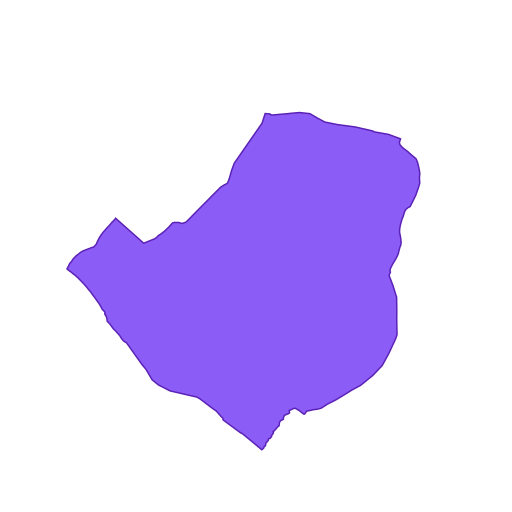 the district of Al Azariq, Al Dali', Yemen, rotated 297°
{"feature_id": "15242507B92892578873791", "entity_name": "Al Azariq", "entity_type": "district", "adm_level": 2, "iso_a3": "YEM", "parent_name": "Yemen", "parent_adm1": "Al Dali'", "projection": "robinson", "projection_center": [44.595, 13.646], "detail": "fine", "context": "isolated", "style": "filled", "palette": "violet", "viewbox_px": 512, "rotation_deg": 297, "n_neighbors": 0, "source": "geoboundaries", "source_scale": "gbopen_adm2", "svg_char_len": 4752}
<svg xmlns="http://www.w3.org/2000/svg" viewBox="0 0 512 512"><g transform="rotate(297 256 256)"><path d="M86.0,349.1L88.1,350.0L88.9,350.0L89.2,349.9L89.6,349.8L90.0,350.0L90.5,350.3L91.1,350.5L91.5,350.5L92.0,350.3L92.6,350.1L93.2,350.0L94.2,349.8L94.6,349.9L95.2,350.1L95.8,350.4L96.3,350.5L96.8,350.6L97.2,350.6L97.6,350.5L98.0,350.4L98.2,350.2L98.6,350.2L98.9,350.3L99.2,350.5L99.4,350.9L99.7,351.2L99.9,351.4L100.2,351.5L100.5,351.4L100.9,351.4L101.2,351.4L101.4,351.5L101.5,351.7L101.9,351.9L102.2,351.8L102.4,351.7L102.7,351.4L103.2,351.5L103.6,351.5L104.1,351.6L104.7,351.8L105.3,351.8L106.1,351.8L106.4,351.8L106.7,351.4L106.9,351.0L107.2,350.9L107.5,351.0L107.8,351.3L108.2,351.5L108.6,351.7L109.3,351.9L109.8,352.0L110.3,352.1L111.0,352.3L112.2,352.6L113.0,352.7L113.6,352.9L114.2,353.1L114.7,353.5L115.2,353.6L115.6,353.5L116.3,353.3L116.9,353.1L117.5,352.8L118.4,352.5L119.1,352.5L119.6,352.5L120.3,352.7L120.5,352.8L121.1,353.2L121.7,353.6L122.3,354.1L123.0,354.5L123.7,354.1L124.5,353.9L125.4,353.7L126.3,353.7L126.8,353.7L127.3,354.0L128.0,354.5L128.6,355.0L129.0,355.4L129.5,355.8L129.8,356.1L130.3,356.5L131.1,357.0L131.4,357.0L131.8,356.9L132.2,356.6L132.9,356.0L133.2,355.8L133.4,355.8L133.7,355.8L133.9,356.0L134.1,356.3L134.5,356.7L135.0,357.1L135.7,357.5L136.2,357.9L136.8,358.4L137.2,358.8L137.6,359.3L137.9,359.8L138.1,360.2L138.1,360.9L138.1,362.1L137.9,362.9L138.1,363.7L137.0,369.1L136.9,369.7L136.8,370.1L136.9,370.6L137.2,371.0L138.0,371.3L138.6,371.4L138.8,371.4L139.3,371.4L139.9,371.4L140.7,371.5L141.1,372.0L141.9,373.1L143.5,375.0L144.7,376.4L145.5,377.5L146.0,378.2L146.7,379.3L148.1,381.1L149.9,383.0L150.0,383.2L156.3,386.8L164.1,392.5L172.5,397.7L180.3,402.4L188.2,407.9L202.9,414.4L215.8,418.2L229.2,418.6L245.7,418.0L249.8,417.4L250.8,416.9L264.3,409.7L270.2,406.8L283.3,399.9L283.4,399.7L283.5,399.6L287.7,395.5L291.8,391.5L299.1,383.4L300.4,383.2L302.7,383.1L303.2,382.5L303.9,381.9L305.5,381.5L309.6,381.4L311.7,381.5L315.8,381.8L316.5,381.8L316.8,381.9L318.5,381.9L320.2,381.9L320.9,381.8L322.2,381.8L327.4,380.6L329.4,380.2L331.0,380.1L332.6,379.7L334.3,379.0L335.6,378.1L336.9,377.3L338.6,376.1L340.1,374.9L341.5,373.8L342.7,372.9L344.2,372.3L345.9,371.5L347.4,371.1L349.5,370.5L351.0,370.2L353.0,369.8L354.4,369.5L355.9,369.3L357.0,369.3L358.9,369.0L359.4,368.9L362.1,368.4L363.7,368.3L365.2,368.4L366.3,368.7L367.9,369.4L369.3,370.4L370.0,370.9L381.4,370.8L382.4,370.8L390.5,369.7L395.1,368.9L399.7,366.2L403.7,364.6L406.6,362.6L409.7,360.1L412.8,357.4L415.2,354.6L415.3,354.2L415.7,353.0L416.0,351.3L416.4,349.7L416.8,348.1L417.2,346.5L417.9,343.9L418.0,343.3L418.2,342.5L418.7,339.4L418.9,338.6L419.2,337.0L419.9,335.3L420.5,333.7L422.3,332.2L426.0,331.6L424.5,318.8L420.2,304.7L420.5,303.7L416.0,285.7L410.1,269.0L407.6,260.0L406.6,256.6L406.8,247.6L407.3,239.4L403.6,229.7L398.8,222.0L397.2,219.6L388.7,206.0L388.7,205.9L388.8,204.1L388.9,203.9L387.1,199.5L377.0,201.1L353.7,197.9L328.8,194.5L321.2,195.4L314.7,196.7L310.1,197.4L307.5,197.4L304.9,195.4L301.2,193.2L270.6,183.4L254.4,178.3L251.4,175.3L250.7,171.8L249.0,168.3L247.7,166.7L246.1,166.2L244.1,165.7L242.3,165.2L240.8,164.7L239.1,164.1L237.6,163.6L236.1,163.0L234.5,162.2L232.9,161.5L231.2,160.5L229.9,159.7L227.6,159.1L225.2,157.8L216.4,150.1L225.9,113.8L225.7,113.8L224.2,113.5L222.3,113.0L220.9,112.4L219.3,112.1L217.8,111.7L216.1,111.3L214.6,110.8L213.1,110.4L211.7,110.0L210.1,109.7L209.7,109.6L208.5,109.2L207.0,108.9L205.3,108.6L203.8,108.4L202.1,108.2L200.6,108.1L199.2,108.1L197.6,108.1L195.6,108.2L193.7,108.3L190.2,107.2L189.1,105.9L187.8,104.8L186.4,103.5L185.2,102.4L184.0,101.4L182.8,100.3L181.6,99.3L180.2,98.4L178.9,97.7L177.5,97.1L176.0,96.4L174.7,95.7L173.0,95.2L171.4,94.7L169.9,94.3L168.3,94.2L166.6,93.9L165.0,93.5L163.4,93.4L162.0,93.5L160.3,93.5L158.7,93.4L158.5,94.3L158.0,96.4L157.8,98.2L157.4,100.0L157.0,101.6L156.8,103.3L156.3,104.9L155.8,107.0L155.2,108.7L154.7,110.4L154.1,112.0L153.5,113.7L152.9,115.5L152.2,117.2L151.6,118.7L151.0,120.2L150.2,121.7L149.6,123.2L149.0,124.8L148.2,126.3L147.3,128.0L146.5,129.6L145.8,131.1L144.8,133.0L144.1,134.4L143.3,135.9L142.6,137.3L141.7,138.8L140.7,140.4L139.7,141.8L138.7,143.1L138.2,144.7L137.6,146.4L136.5,147.4L135.5,147.7L134.6,149.4L133.2,151.0L132.0,151.9L130.3,153.1L129.7,154.8L129.1,156.5L128.4,157.9L127.7,159.4L126.9,160.8L126.2,162.4L125.8,164.0L125.2,165.8L124.5,167.4L123.7,169.5L122.9,171.3L121.9,172.8L121.0,174.5L120.2,176.4L119.9,178.6L119.9,180.0L107.4,203.9L105.1,209.4L98.5,219.7L96.8,227.6L96.8,230.1L96.8,240.8L103.5,267.6L103.3,270.7L100.5,286.2L99.8,291.1L97.8,296.1L97.5,296.8L96.7,299.3L96.4,300.2L95.0,301.1L91.4,322.8L91.6,322.9L91.6,323.2L91.4,325.0L89.2,335.1L86.0,349.1Z" fill="#8b5cf6" stroke="#5b21b6" stroke-width="1.5"/></g></svg>